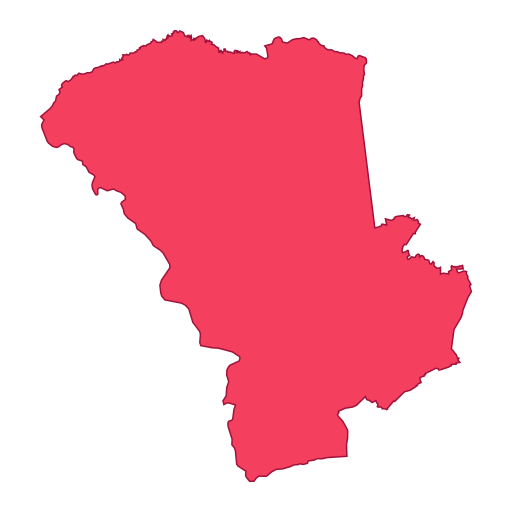 Khao Yoi, Phetchaburi, Thailand (orthographic projection)
{"feature_id": "78962969B82781798168468", "entity_name": "Khao Yoi", "entity_type": "district", "adm_level": 2, "iso_a3": "THA", "parent_name": "Thailand", "parent_adm1": "Phetchaburi", "projection": "orthographic", "projection_center": [99.804, 13.23], "detail": "fine", "context": "isolated", "style": "filled", "palette": "rose", "viewbox_px": 512, "rotation_deg": 0, "n_neighbors": 0, "source": "geoboundaries", "source_scale": "gbopen_adm2", "svg_char_len": 5848}
<svg xmlns="http://www.w3.org/2000/svg" viewBox="0 0 512 512"><path d="M366.3,59.1L365.3,57.7L359.6,55.6L358.2,56.0L357.2,58.6L355.2,58.1L352.1,55.6L348.7,54.0L345.8,54.4L344.3,53.1L339.3,52.7L337.5,51.7L334.9,51.7L331.7,49.8L327.9,49.9L324.4,47.4L324.0,45.9L321.1,45.3L318.7,43.1L318.4,41.8L317.3,41.2L316.5,39.6L313.4,38.0L311.2,38.4L309.3,39.9L303.8,37.6L299.6,38.7L296.5,38.7L292.6,39.6L287.2,43.1L282.4,41.9L281.6,39.1L279.8,37.2L278.6,37.0L275.6,38.0L274.1,39.1L272.0,43.9L264.8,45.9L266.6,48.3L267.9,56.2L267.6,57.7L264.8,58.9L256.5,54.1L251.4,54.0L250.4,54.8L250.2,53.4L249.3,53.5L248.9,52.5L247.9,52.7L247.0,51.5L244.2,53.0L242.4,52.3L240.7,53.0L239.9,52.6L240.0,51.6L238.7,52.3L238.5,51.3L237.8,51.1L237.2,51.7L237.6,52.5L236.9,52.8L236.4,52.5L237.0,50.7L234.9,50.4L234.1,51.5L234.4,53.2L233.9,53.5L229.9,51.9L228.2,52.4L227.7,51.3L225.9,51.2L225.1,50.3L225.4,49.2L224.2,48.9L223.8,49.4L224.5,50.6L223.0,51.8L222.7,53.0L221.0,50.4L219.9,50.9L220.2,52.4L218.9,52.1L218.5,48.0L216.1,46.8L214.1,44.9L211.5,44.2L212.2,43.0L211.9,42.2L210.4,41.3L209.7,41.5L209.4,40.4L208.2,41.4L206.9,40.1L206.1,42.4L205.5,42.3L204.8,38.6L202.5,35.6L199.0,36.4L196.1,38.0L195.6,39.2L194.0,38.3L193.8,38.9L194.6,39.5L194.2,40.2L193.0,39.6L191.0,40.4L191.5,38.3L189.8,37.6L191.4,37.2L191.1,35.4L189.7,36.7L189.0,35.3L187.7,35.5L187.4,36.8L186.2,36.1L185.0,36.3L183.3,32.5L179.8,30.9L178.8,32.1L177.4,32.6L176.7,30.9L174.4,30.7L174.2,31.8L173.2,32.1L173.5,33.1L171.6,33.9L172.4,34.9L172.1,35.7L170.1,36.3L168.9,35.5L168.4,36.3L167.9,35.0L167.0,36.3L167.7,37.8L166.7,37.8L166.5,39.2L165.2,39.3L165.1,40.3L163.1,39.5L163.4,41.0L161.5,41.3L161.5,42.4L156.5,42.2L155.9,41.1L153.2,39.4L152.7,41.1L151.1,41.9L150.7,43.2L147.2,44.6L145.7,46.1L143.3,45.6L142.8,46.3L141.0,46.5L140.8,47.4L139.6,47.8L140.1,48.7L137.1,50.1L136.8,51.7L135.1,51.8L134.2,52.8L132.4,53.2L130.2,53.0L129.5,54.4L127.9,55.2L126.7,54.3L125.1,55.1L122.9,54.8L123.2,56.4L121.6,58.5L122.7,59.7L120.8,60.3L119.7,59.6L119.7,61.2L118.3,62.0L116.9,61.7L115.2,62.9L113.5,62.1L107.8,64.1L105.9,63.9L104.4,65.4L102.3,65.7L102.2,66.4L100.9,66.1L97.9,67.5L95.3,67.9L93.8,68.8L92.1,71.9L89.8,72.7L87.1,72.7L84.6,73.9L82.7,74.2L78.8,73.2L76.8,75.6L75.1,75.1L74.0,76.4L73.0,76.4L72.9,77.7L72.1,78.0L71.2,79.6L68.1,81.6L66.3,80.7L65.4,81.0L62.2,83.6L61.4,85.7L62.4,87.0L59.0,89.6L60.1,92.5L58.3,95.0L56.6,96.0L55.5,101.0L53.5,103.2L52.4,105.8L50.0,108.6L40.6,116.6L44.0,119.9L41.6,124.7L41.9,127.7L47.1,141.0L48.5,143.1L52.7,146.4L56.3,147.4L58.5,146.9L61.4,144.6L64.2,143.6L67.7,144.4L70.7,146.7L72.6,147.1L74.1,149.0L73.7,151.8L74.4,154.2L76.7,158.6L77.8,159.6L82.4,161.1L82.8,164.5L86.2,166.8L89.1,172.3L93.8,175.0L94.9,176.6L92.4,182.8L92.0,185.4L92.6,188.9L95.6,194.5L96.5,194.9L97.8,194.3L97.7,189.3L98.9,188.0L100.7,187.6L107.3,190.8L113.6,188.9L116.1,190.6L121.0,192.4L125.2,196.1L125.3,199.5L121.7,202.1L120.9,203.9L123.4,209.4L124.2,213.6L127.8,218.0L135.7,223.6L137.2,229.0L144.9,234.4L150.9,241.0L153.4,245.7L160.4,250.3L163.1,253.0L169.8,264.5L169.9,267.7L161.5,280.1L159.9,285.1L160.7,292.7L161.7,296.1L164.8,299.9L181.4,303.1L185.2,305.1L188.8,308.9L192.8,322.3L199.4,331.0L200.1,332.7L200.4,334.9L199.8,342.7L200.8,345.6L212.2,347.8L217.9,348.1L225.8,350.1L232.3,351.9L239.4,356.5L240.0,358.1L239.1,361.0L230.3,365.0L228.8,366.4L226.9,370.0L226.7,375.0L228.7,381.7L226.7,387.7L226.2,395.9L223.0,400.8L223.9,404.6L226.7,403.0L228.7,402.9L235.5,404.9L233.9,409.7L232.8,418.6L231.8,420.3L228.4,421.4L227.9,423.6L228.2,426.9L232.1,439.2L231.9,444.8L234.3,447.8L235.4,450.6L236.7,464.2L238.2,466.2L245.9,471.2L245.6,475.0L246.1,477.0L249.6,481.3L254.0,481.2L256.6,477.7L259.0,476.1L266.4,476.3L271.6,471.9L276.2,469.4L282.5,468.9L290.1,466.7L294.3,464.8L298.4,464.6L299.4,463.8L303.4,464.4L307.5,463.3L308.0,461.0L313.8,460.2L317.4,458.6L321.9,458.8L327.0,457.6L346.9,456.3L346.5,444.8L347.6,437.7L347.7,431.0L347.4,429.6L342.8,421.3L337.9,415.8L337.5,414.7L338.9,412.3L338.3,411.3L345.3,408.2L352.8,407.0L356.5,405.3L365.4,396.6L366.8,399.7L369.1,400.3L372.2,402.5L375.9,400.6L376.6,402.7L378.0,404.3L377.3,406.7L378.7,407.2L380.8,406.9L381.7,407.5L382.1,408.7L385.8,408.9L386.5,409.6L387.5,409.1L387.8,408.0L393.9,400.7L394.5,401.4L395.1,401.1L404.3,391.9L410.3,390.2L416.7,386.0L416.3,385.6L417.7,384.8L417.9,384.0L421.1,382.5L420.1,380.1L420.0,377.5L424.2,376.0L424.1,375.3L425.5,374.6L425.1,373.6L435.9,368.3L438.2,368.7L438.7,370.0L440.4,369.8L448.3,367.2L451.2,365.7L451.3,364.4L456.1,364.2L456.1,363.1L459.8,362.4L457.9,359.8L458.9,358.2L457.4,357.9L456.3,354.9L451.4,348.7L454.0,329.5L461.0,317.6L462.4,313.8L462.9,310.3L468.0,297.3L471.4,291.6L469.5,285.5L471.0,284.6L467.5,278.0L468.0,277.0L466.2,273.4L466.6,271.6L463.8,271.0L458.9,272.8L457.5,272.0L456.5,269.1L463.2,268.9L462.6,265.4L455.9,267.0L454.7,266.5L453.5,267.0L451.9,265.7L451.2,266.3L451.6,270.0L448.6,271.5L448.7,273.9L443.2,273.2L440.5,274.1L440.5,267.3L439.1,268.1L437.1,268.2L434.4,266.3L433.7,263.9L434.2,262.9L433.0,261.6L431.2,264.1L430.6,264.1L429.7,263.3L428.7,260.2L424.9,259.4L423.7,256.8L422.5,255.7L421.0,255.7L419.6,257.0L419.2,254.6L418.0,254.1L416.3,255.2L415.1,257.5L411.3,256.8L409.0,259.3L407.6,259.1L407.3,256.6L409.6,255.5L408.5,253.0L408.3,250.6L407.5,250.4L405.8,251.6L402.6,252.7L402.0,250.5L402.9,246.6L404.5,244.3L406.1,244.7L413.4,233.5L415.3,233.7L415.3,232.2L420.4,224.2L418.3,223.2L418.4,221.4L417.1,219.5L414.8,220.4L413.6,220.0L414.3,217.7L411.6,218.9L409.8,217.4L408.4,217.5L408.1,216.8L409.5,215.1L407.5,214.6L406.3,216.3L405.2,216.5L404.0,216.4L403.3,215.5L396.7,216.4L394.4,217.4L394.4,218.7L391.3,220.4L385.4,218.8L386.7,225.0L382.0,224.1L381.2,225.7L379.2,226.8L374.8,227.9L359.0,101.5L359.5,101.2L360.1,98.1L361.6,96.1L361.6,89.2L362.8,84.5L362.3,83.2L363.5,78.8L363.4,76.2L364.4,74.5L363.8,68.8L364.1,65.6L366.5,62.9L366.3,59.1Z" fill="#f43f5e" stroke="#9f1239" stroke-width="1.5"/></svg>